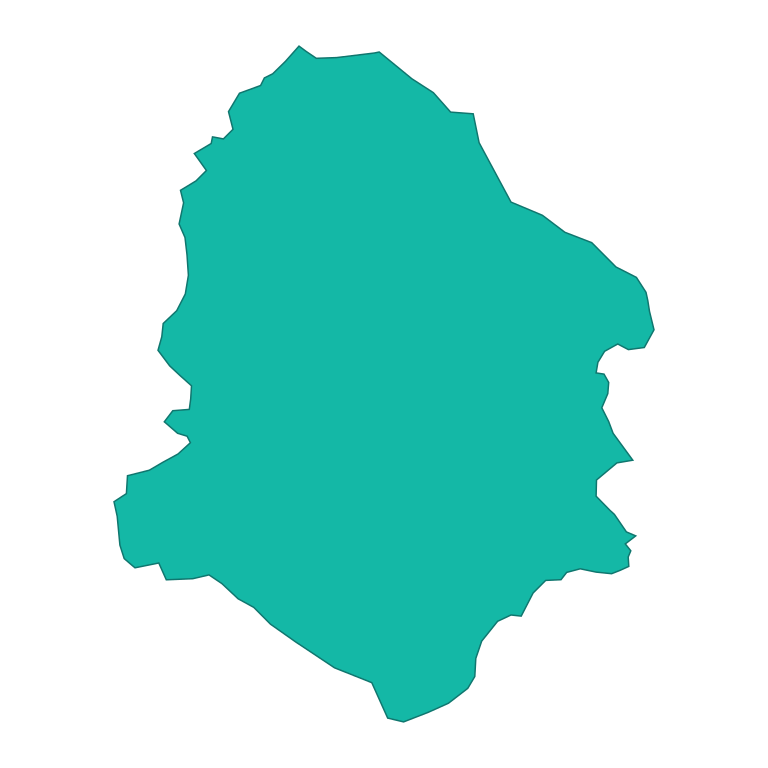 outline of Agios Konstantinos, Limassol, Cyprus
{"feature_id": "46923920B82469008436506", "entity_name": "Agios Konstantinos", "entity_type": "district", "adm_level": 2, "iso_a3": "CYP", "parent_name": "Cyprus", "parent_adm1": "Limassol", "projection": "orthographic", "projection_center": [33.076, 34.873], "detail": "fine", "context": "isolated", "style": "filled", "palette": "teal", "viewbox_px": 768, "rotation_deg": 0, "n_neighbors": 0, "source": "geoboundaries", "source_scale": "gbopen_adm2", "svg_char_len": 1619}
<svg xmlns="http://www.w3.org/2000/svg" viewBox="0 0 768 768"><path d="M614.4,514.4L614.2,514.2L610.0,510.4L596.1,496.2L596.5,480.0L616.9,462.9L632.8,460.2L613.1,433.3L608.7,421.6L601.8,407.8L607.8,393.6L608.7,382.5L604.0,374.1L596.1,372.9L597.9,362.3L604.6,351.3L617.7,344.0L628.4,349.6L644.3,347.5L654.0,329.8L649.5,311.4L647.8,300.6L646.0,292.3L636.4,277.4L616.0,267.0L591.8,242.7L564.9,232.3L542.4,215.3L511.0,202.1L479.1,142.7L473.2,113.8L450.6,112.1L433.4,92.7L411.9,78.8L379.2,52.0L374.4,53.0L336.5,57.6L316.3,58.3L306.0,51.3L299.0,46.1L285.5,61.3L272.7,73.8L264.4,77.9L260.6,85.5L239.5,93.2L228.5,111.6L233.0,129.3L223.4,138.9L213.9,137.1L212.5,136.9L211.2,143.5L194.3,153.5L206.4,170.5L196.0,180.9L180.5,190.3L183.6,202.8L179.1,224.0L185.0,237.5L187.0,254.8L188.4,275.3L185.3,294.0L176.7,310.7L163.2,323.5L161.8,336.7L158.0,350.3L169.7,365.9L180.1,375.6L191.5,385.8L190.7,398.9L189.3,409.4L172.8,410.7L164.3,421.8L177.6,433.3L187.1,436.2L190.4,442.7L178.0,454.0L163.0,462.2L149.3,470.2L127.5,475.7L126.4,493.6L114.0,501.7L117.2,516.3L119.9,545.1L124.2,558.6L132.0,565.3L135.0,567.8L158.8,563.0L166.3,579.8L192.8,578.7L209.0,574.9L221.9,583.6L238.1,598.8L253.8,607.4L270.5,624.2L295.9,642.1L334.5,667.8L371.8,682.7L387.7,718.1L401.5,721.4L403.6,721.9L428.5,712.2L448.5,703.2L455.9,697.5L467.8,688.3L474.8,676.5L475.8,658.4L481.7,641.1L497.6,621.3L511.0,615.0L521.2,616.1L533.1,593.0L545.7,580.4L561.0,579.7L566.7,572.4L580.2,568.8L596.1,572.1L611.6,573.7L620.0,570.4L628.8,566.4L628.2,557.0L630.8,550.8L625.3,543.9L635.7,535.9L626.4,531.9L614.4,514.4Z" fill="#14b8a6" stroke="#0f766e" stroke-width="1.5"/></svg>